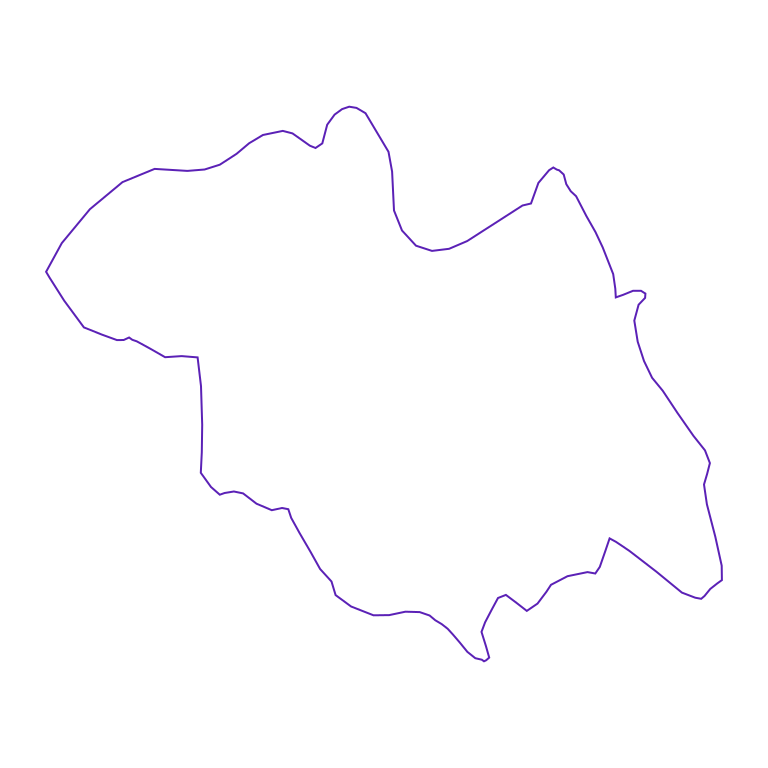 map outline of Northern (Natural Earth projection)
{"feature_id": "RWA-3494", "entity_name": "Northern", "entity_type": "Province", "adm_level": 1, "iso_a3": "RWA", "parent_name": "Rwanda", "parent_adm1": "", "projection": "natural_earth1", "projection_center": [29.92, -1.616], "detail": "fine", "context": "isolated", "style": "outline", "palette": "violet", "viewbox_px": 768, "rotation_deg": 0, "n_neighbors": 0, "source": "natural_earth", "source_scale": "10m", "svg_char_len": 1861}
<svg xmlns="http://www.w3.org/2000/svg" viewBox="0 0 768 768"><path d="M432.0,250.9L449.1,248.8L467.1,241.1L522.5,205.5L531.0,203.5L538.4,182.9L549.1,170.2L553.3,167.5L556.8,169.6L559.1,170.3L563.7,174.5L566.3,184.2L570.8,191.3L576.1,196.2L586.4,216.1L595.5,232.1L602.7,247.4L609.7,265.2L613.2,274.1L615.3,288.7L615.8,297.4L623.2,294.8L633.0,290.8L641.0,290.8L645.4,293.6L645.1,297.9L638.6,304.7L634.3,320.6L637.7,341.7L644.0,361.0L652.1,377.8L662.7,390.7L677.5,413.0L693.4,435.8L705.0,450.4L709.9,463.1L707.1,474.0L704.0,484.5L706.9,504.3L715.3,536.7L721.7,565.7L721.9,580.1L717.3,583.4L710.3,588.9L704.5,596.0L701.2,598.8L695.2,597.7L681.9,592.6L656.4,571.7L629.4,550.9L615.9,541.8L609.6,538.4L605.4,550.8L599.8,566.9L595.3,573.5L587.5,572.1L567.5,576.2L551.0,584.8L546.4,591.8L537.5,603.6L526.8,610.9L516.8,603.1L505.9,594.9L498.0,598.0L491.8,609.5L485.1,622.3L481.5,631.9L486.0,646.3L489.2,657.6L486.1,660.3L484.0,661.3L481.8,659.7L475.3,658.2L467.4,651.9L459.5,642.2L452.9,634.5L447.7,628.8L441.7,624.1L435.2,620.2L429.6,615.5L419.7,612.1L405.4,611.7L389.2,615.1L373.5,615.3L351.1,606.5L335.6,595.1L331.5,581.5L320.1,569.0L310.5,551.8L299.6,533.1L291.2,517.9L288.3,509.2L282.0,508.0L271.8,510.2L256.5,503.7L243.1,493.4L233.9,491.5L224.6,493.0L219.8,494.7L211.0,487.0L200.8,472.8L201.8,452.2L202.2,424.8L201.0,386.1L197.6,357.4L181.6,356.1L165.1,357.2L149.9,348.5L136.7,341.3L132.3,339.8L129.1,337.5L123.7,340.0L117.0,340.1L101.6,334.5L83.9,327.4L64.2,300.7L49.6,277.7L46.1,271.8L61.8,243.1L89.9,209.2L122.5,182.1L154.6,168.9L187.4,170.9L204.6,169.5L219.8,164.7L236.6,153.8L249.2,143.2L262.9,135.0L282.8,130.9L292.5,133.4L309.9,145.7L315.5,148.0L322.3,143.4L327.2,124.7L334.6,114.6L342.1,109.1L349.2,106.7L356.5,107.9L365.5,113.2L388.5,151.8L392.1,171.6L394.0,210.5L402.0,230.5L416.0,245.7L432.0,250.9Z" fill="none" stroke="#5b21b6" stroke-width="2"/></svg>